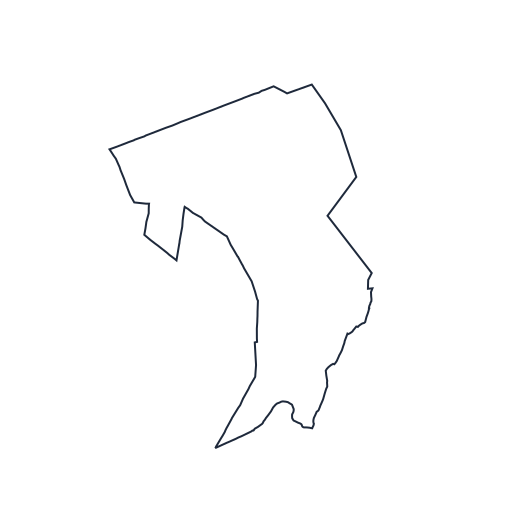 outline of San Miguel Ejutla, Oaxaca, Mexico, rotated 324°
{"feature_id": "50627088B91603185074528", "entity_name": "San Miguel Ejutla", "entity_type": "district", "adm_level": 2, "iso_a3": "MEX", "parent_name": "Mexico", "parent_adm1": "Oaxaca", "projection": "albers", "projection_center": [-96.744, 16.594], "detail": "fine", "context": "isolated", "style": "outline", "palette": "slate", "viewbox_px": 512, "rotation_deg": 324, "n_neighbors": 0, "source": "geoboundaries", "source_scale": "gbopen_adm2", "svg_char_len": 3725}
<svg xmlns="http://www.w3.org/2000/svg" viewBox="0 0 512 512"><g transform="rotate(324 256 256)"><path d="M219.9,415.0L220.2,414.8L221.8,413.9L224.7,412.2L225.5,411.7L226.4,411.1L230.7,407.7L233.1,405.9L234.9,404.6L236.6,403.7L236.9,403.5L237.9,402.0L239.1,400.1L240.2,398.9L242.6,394.1L244.4,390.9L245.0,389.8L246.8,389.0L249.2,388.5L252.7,388.3L255.0,388.6L255.7,389.6L257.2,389.3L257.9,389.0L259.2,388.6L260.0,388.2L264.0,385.9L264.9,385.3L266.7,384.5L269.8,382.9L270.3,382.6L273.7,380.1L275.8,378.7L276.9,377.8L277.1,377.6L277.3,377.4L277.7,377.0L284.3,372.6L284.5,373.3L286.3,373.7L288.6,373.8L289.8,373.7L291.1,373.2L292.4,372.9L295.7,372.0L296.7,373.2L297.0,373.0L299.7,372.9L301.7,373.0L302.5,373.1L304.0,373.7L304.4,373.7L305.5,373.6L309.6,370.2L312.6,368.2L314.6,366.7L315.9,365.6L316.8,365.0L316.6,364.7L317.0,364.2L318.5,362.9L320.2,362.0L321.2,361.1L322.7,360.4L323.8,359.1L324.4,358.2L325.3,356.6L327.8,352.8L331.2,350.6L327.3,348.3L332.7,341.3L339.6,337.8L337.5,265.5L383.6,251.0L398.6,204.1L401.6,173.0L401.9,150.1L376.7,142.7L375.4,139.8L370.0,129.1L360.5,126.7L357.7,125.7L354.2,125.5L349.9,123.8L338.4,120.7L337.9,120.7L330.1,118.6L318.5,115.4L307.3,112.5L299.4,110.3L281.5,105.5L273.8,103.3L271.0,102.7L265.0,101.3L259.1,99.5L258.8,99.4L237.5,93.7L237.2,93.7L236.0,93.6L230.2,91.8L226.0,90.6L225.2,90.6L220.9,89.3L219.1,88.8L218.2,88.6L206.7,85.5L200.5,83.7L200.2,83.6L200.0,88.0L199.8,91.5L199.8,94.9L198.4,101.4L198.0,103.5L197.2,106.0L196.9,106.8L194.6,116.2L192.8,122.2L190.0,132.7L189.0,141.1L197.2,148.5L197.9,149.1L200.2,150.8L199.7,151.3L197.1,154.6L194.3,158.4L187.3,164.0L185.9,165.5L182.7,168.8L178.1,173.2L180.0,181.0L180.1,181.3L181.7,186.7L182.8,190.1L186.0,201.5L186.5,204.0L187.9,208.5L188.6,210.8L188.7,211.2L189.1,212.8L200.6,201.5L200.8,201.2L201.1,201.1L201.3,200.9L203.4,198.6L213.5,189.0L217.7,184.0L222.4,179.0L226.7,174.7L227.2,174.3L227.6,175.4L227.7,175.8L228.6,177.7L230.3,184.1L234.4,192.8L234.7,196.1L235.0,198.1L242.6,219.9L244.0,223.0L242.1,232.1L241.8,235.7L240.8,245.7L241.0,246.1L240.8,247.2L240.3,250.6L240.1,252.3L239.8,254.3L239.7,255.8L239.1,259.0L237.6,274.0L237.3,274.9L234.3,284.3L232.4,289.3L231.6,291.4L231.3,293.3L228.0,297.5L224.7,301.7L223.3,303.6L221.8,305.6L220.5,307.2L218.2,310.2L214.1,315.1L208.2,323.3L206.4,326.1L204.2,325.2L191.9,344.3L184.4,353.2L183.9,353.5L174.5,357.6L171.7,359.2L162.5,363.4L161.8,363.7L155.5,367.4L152.4,368.4L141.2,373.0L140.4,373.5L133.0,377.0L131.2,377.8L128.9,379.0L127.3,380.0L123.3,381.8L120.8,382.8L111.7,386.7L110.9,387.2L110.1,387.5L111.0,387.6L122.9,390.0L123.6,390.2L133.0,392.2L134.1,392.3L136.0,392.7L138.0,393.2L149.2,395.2L150.5,395.1L151.3,395.7L151.7,395.7L152.1,395.5L152.2,395.4L153.6,395.0L157.1,395.4L160.2,395.4L162.3,395.4L163.6,395.0L164.9,394.2L166.9,393.7L168.8,392.9L172.1,392.0L176.8,390.5L180.8,388.6L184.4,387.8L186.4,387.7L188.8,388.4L190.8,388.7L192.3,389.4L194.5,391.4L195.9,393.0L196.7,395.1L197.5,396.8L197.7,397.5L196.7,401.3L196.7,401.5L196.2,402.5L195.3,403.5L194.3,404.3L193.3,404.8L192.5,405.2L192.2,405.3L191.6,406.0L190.8,407.1L190.0,408.4L189.8,409.0L189.9,409.9L189.7,410.6L189.7,411.0L189.8,411.3L189.9,411.6L190.3,412.2L191.3,414.1L192.0,415.5L192.8,416.7L193.2,417.3L193.4,417.7L193.6,418.2L193.8,418.8L193.7,419.3L193.7,419.7L193.4,420.4L193.3,420.9L193.3,421.0L193.3,421.5L193.6,422.2L193.8,422.6L194.4,423.1L195.5,423.9L196.5,424.7L198.4,426.4L199.6,427.8L200.2,428.4L200.5,428.2L201.5,427.6L202.7,427.0L203.6,426.3L204.3,425.6L204.4,424.9L204.6,424.5L205.1,423.6L205.8,422.7L206.4,422.1L207.7,421.0L209.0,420.3L210.3,419.6L212.2,418.5L213.5,417.7L214.5,417.7L215.4,417.7L216.4,417.3L217.6,416.5L218.8,415.8L219.9,415.0Z" fill="none" stroke="#1e293b" stroke-width="2"/></g></svg>